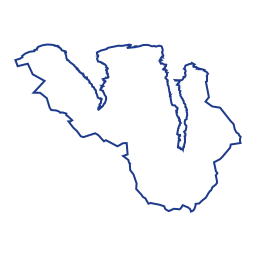 Vestnes nor, Møre og Romsdal, Norway
{"feature_id": "86288312B24407924476588", "entity_name": "Vestnes nor", "entity_type": "district", "adm_level": 2, "iso_a3": "NOR", "parent_name": "Norway", "parent_adm1": "Møre og Romsdal", "projection": "orthographic", "projection_center": [6.983, 62.551], "detail": "fine", "context": "isolated", "style": "outline", "palette": "blue", "viewbox_px": 256, "rotation_deg": 0, "n_neighbors": 0, "source": "geoboundaries", "source_scale": "gbopen_adm2", "svg_char_len": 5670}
<svg xmlns="http://www.w3.org/2000/svg" viewBox="0 0 256 256"><path d="M208.0,73.7L206.5,71.9L204.8,71.1L204.6,70.3L204.2,70.3L204.4,69.9L200.1,68.8L200.3,69.2L198.4,69.2L198.0,68.5L196.8,68.7L197.1,67.7L196.4,67.5L196.3,67.1L193.5,66.8L193.3,65.8L194.2,64.9L193.8,64.9L193.8,63.9L192.3,63.2L192.4,63.6L189.5,64.0L185.5,65.6L184.6,67.9L184.0,68.7L184.8,68.9L184.8,69.5L185.3,69.7L185.6,71.7L185.0,72.6L185.0,73.6L185.5,74.4L185.5,75.8L184.8,76.9L184.2,76.9L184.4,77.3L183.4,77.5L183.1,78.3L182.7,78.3L183.1,78.5L182.8,79.3L181.7,80.1L180.2,80.3L175.0,80.1L175.4,80.6L180.5,80.5L179.2,81.5L179.2,82.5L178.8,82.5L177.0,84.8L179.2,85.4L179.4,87.4L179.0,87.8L179.3,88.4L178.9,89.3L179.2,90.3L180.3,90.9L179.8,92.7L180.5,94.5L180.3,95.6L181.6,97.4L181.7,98.2L182.6,98.8L182.9,100.2L183.6,100.8L183.9,103.2L185.0,104.0L185.4,105.0L185.4,107.0L185.8,107.0L186.6,108.8L186.5,110.0L186.9,110.0L186.7,112.1L187.1,112.9L187.2,115.1L186.6,117.4L186.6,119.2L185.2,119.9L184.7,121.9L184.8,123.4L185.2,124.6L186.3,125.6L186.3,127.6L185.6,130.5L184.1,131.6L185.0,133.6L185.4,133.6L185.5,134.8L185.4,135.8L184.6,136.3L185.1,138.2L184.9,138.6L185.0,142.3L184.3,144.2L184.0,146.8L183.6,146.8L183.7,147.2L183.2,148.1L183.1,149.1L182.7,149.1L182.7,149.7L182.0,148.7L181.0,148.6L181.2,149.2L180.8,149.2L180.8,148.6L179.8,148.2L179.8,147.6L178.3,147.6L178.3,146.8L177.9,146.8L178.7,140.9L180.1,140.4L179.7,139.2L178.9,139.2L178.7,137.2L180.2,135.8L180.1,135.0L178.3,134.9L178.3,134.5L177.2,134.1L178.2,128.5L178.6,128.1L178.5,127.5L179.4,125.2L179.8,125.2L179.9,124.0L180.2,123.2L180.8,122.9L179.5,121.2L179.9,121.1L179.8,119.7L179.2,119.7L179.0,117.7L178.3,117.7L176.7,114.5L176.7,113.5L177.1,112.4L176.9,111.8L176.3,111.9L176.2,110.6L177.1,110.4L177.6,108.8L177.4,107.7L176.8,107.8L174.9,105.4L172.4,105.2L171.5,103.4L170.5,97.9L170.7,96.9L170.0,96.1L170.3,95.5L169.9,95.7L170.0,92.7L169.6,92.7L169.3,91.2L168.5,86.0L167.6,85.0L167.8,83.6L167.4,82.4L167.7,81.4L167.3,81.2L167.7,80.2L165.5,78.1L165.5,77.3L167.0,75.7L166.9,73.2L167.5,72.7L165.8,71.9L165.6,70.4L166.3,70.2L165.8,69.8L166.1,69.5L165.8,69.8L165.3,69.2L163.4,69.7L163.1,69.3L164.9,67.5L165.0,66.8L165.9,66.3L166.2,64.7L165.3,64.6L165.3,64.1L165.1,64.5L163.8,64.4L162.2,63.3L161.0,63.7L160.1,62.1L160.7,60.9L160.3,60.8L160.9,60.5L160.2,60.0L160.6,59.7L160.3,59.6L160.6,59.6L160.3,59.4L160.4,58.8L161.4,57.4L162.0,57.4L162.0,56.9L162.5,57.1L162.3,56.7L163.2,56.0L163.3,55.4L162.1,53.0L162.1,51.9L162.6,51.6L162.7,49.5L161.8,46.8L161.3,46.2L159.3,45.7L155.7,46.6L154.5,46.0L152.0,46.3L147.9,44.9L143.4,45.0L139.0,46.4L137.1,46.7L137.4,46.4L136.2,46.2L134.5,46.5L134.5,46.9L135.6,47.1L126.9,48.0L130.5,45.6L130.8,45.0L129.5,44.6L122.0,45.9L118.6,45.7L108.9,47.6L107.3,48.2L106.8,49.0L100.7,50.6L96.9,52.5L97.0,53.9L97.8,54.8L98.0,55.8L97.8,55.9L98.1,56.0L97.9,56.6L97.6,56.4L98.0,56.8L97.1,58.4L97.2,59.5L97.5,59.8L98.0,61.5L100.1,61.9L102.0,63.1L101.9,62.7L104.5,64.1L105.7,65.3L105.5,66.1L105.8,65.4L106.1,65.7L105.8,66.2L106.1,66.0L106.6,67.1L106.3,67.4L107.6,68.1L107.8,68.5L107.2,69.6L106.3,69.6L106.0,70.2L107.0,71.5L107.1,71.9L106.7,72.4L106.7,73.0L107.9,75.0L107.7,75.8L107.9,75.5L107.9,75.9L108.5,77.0L107.8,77.8L106.1,77.7L106.1,78.1L103.3,79.0L103.7,79.2L103.7,79.6L103.3,79.6L103.5,80.6L105.4,81.1L105.5,81.6L104.1,82.9L102.6,85.4L103.0,85.8L102.0,85.8L102.8,86.4L101.3,88.3L101.1,87.8L100.3,89.8L103.1,90.9L103.1,91.9L103.7,92.5L104.7,95.1L105.9,96.6L106.2,97.8L106.0,98.1L106.2,99.2L104.8,103.4L104.2,103.5L102.8,106.1L98.6,109.7L98.2,109.4L98.5,107.3L100.4,106.2L99.4,104.9L99.7,104.1L100.8,103.2L101.1,100.4L101.7,99.4L101.6,98.7L100.6,98.3L100.0,98.7L97.8,97.6L96.8,94.1L95.9,92.5L96.1,91.7L95.8,90.3L95.3,89.5L94.7,89.5L93.8,87.1L92.3,86.7L91.9,84.5L89.8,82.9L89.8,82.3L89.3,82.3L89.2,81.1L88.8,80.3L86.4,78.7L86.2,77.9L87.0,77.9L86.9,77.3L86.1,77.3L85.9,77.9L85.1,77.7L84.1,76.1L83.7,76.2L83.6,74.7L83.2,74.7L83.3,74.3L82.8,73.5L81.5,73.6L81.1,72.8L80.1,72.4L79.8,71.8L79.4,71.8L79.0,70.6L78.4,70.6L77.9,69.4L77.5,69.4L77.5,68.8L76.9,68.8L76.9,68.4L76.5,68.4L76.5,67.8L74.4,66.0L74.3,65.4L69.7,61.9L68.9,60.7L67.4,60.1L67.5,59.7L67.0,59.5L66.3,57.7L66.2,55.7L65.3,53.5L65.5,52.8L65.2,52.4L66.0,52.4L65.7,51.4L61.8,50.3L60.8,48.5L60.4,48.5L59.7,47.5L58.7,47.3L58.7,46.9L58.3,46.9L58.2,46.3L57.6,46.3L57.6,45.9L54.8,45.8L54.8,45.4L52.1,44.8L47.4,44.5L42.3,45.3L37.9,47.0L37.6,48.0L36.9,48.4L36.9,49.6L34.7,49.9L34.7,50.5L34.3,50.5L34.1,51.2L29.5,51.8L25.2,53.6L22.1,56.0L22.5,57.2L20.1,58.6L15.4,60.1L17.7,66.2L27.8,63.7L32.7,74.3L44.6,80.9L33.6,92.7L40.1,92.8L46.8,98.2L49.6,107.5L51.2,110.0L56.4,110.5L59.4,111.7L60.1,112.7L62.2,112.4L66.4,113.6L66.2,115.0L66.4,115.4L67.9,116.2L72.2,120.3L70.5,121.3L68.5,121.4L73.2,127.6L77.0,131.1L80.8,136.3L83.5,137.1L95.2,133.3L98.3,135.1L103.9,141.3L105.9,140.2L117.5,146.3L123.0,143.2L126.7,143.1L127.6,154.4L123.1,156.0L128.4,160.0L129.0,162.7L130.1,163.6L129.8,164.2L130.2,170.1L133.5,174.4L136.6,183.5L136.2,189.0L141.4,194.6L142.9,196.9L145.3,198.3L148.4,203.7L150.7,203.0L159.2,204.7L164.1,206.2L165.4,209.2L168.8,211.1L173.8,208.8L179.6,209.3L181.2,207.8L182.7,205.2L188.2,207.5L189.9,208.9L190.8,210.5L190.9,211.5L193.2,210.6L194.5,208.8L195.4,206.1L195.6,203.9L199.3,203.4L201.6,201.0L205.9,197.6L208.6,192.9L209.9,191.1L211.1,190.3L212.4,187.2L215.6,184.8L217.0,182.9L217.1,181.8L215.8,175.3L217.4,173.2L215.9,171.2L214.0,162.3L220.1,159.1L222.5,156.7L230.1,147.7L230.8,144.5L240.5,143.0L240.1,141.5L239.9,139.6L240.6,136.7L239.2,135.5L238.7,134.0L236.3,132.3L234.7,129.1L233.6,124.1L230.6,121.0L220.1,107.7L212.2,106.4L205.5,101.6L208.9,97.2L205.9,81.8L207.0,81.2L207.0,76.5L206.8,76.4L206.9,75.6L208.0,73.7Z" fill="none" stroke="#1e3a8a" stroke-width="2"/></svg>